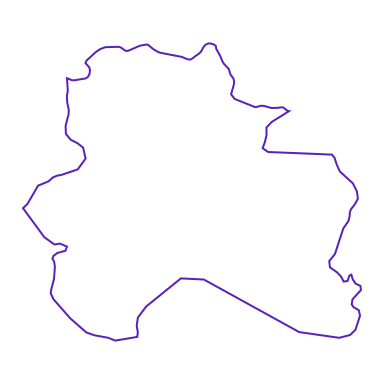 the Province of North Khorasan
{"feature_id": "IRN-3246", "entity_name": "North Khorasan", "entity_type": "Province", "adm_level": 1, "iso_a3": "IRN", "parent_name": "Iran", "parent_adm1": "", "projection": "albers", "projection_center": [57.06, 37.45], "detail": "fine", "context": "isolated", "style": "outline", "palette": "violet", "viewbox_px": 384, "rotation_deg": 0, "n_neighbors": 0, "source": "natural_earth", "source_scale": "10m", "svg_char_len": 1871}
<svg xmlns="http://www.w3.org/2000/svg" viewBox="0 0 384 384"><path d="M209.5,43.4L211.0,43.6L214.0,44.6L215.6,45.7L216.0,46.8L216.1,48.2L216.7,49.7L219.9,55.3L222.5,61.5L224.1,64.0L228.8,69.0L230.4,74.4L233.5,78.7L234.2,81.8L233.8,84.8L231.1,94.3L234.7,99.0L255.1,107.1L257.3,106.8L259.5,106.1L261.9,105.7L264.3,106.0L271.5,108.0L278.4,107.8L280.6,107.3L282.7,107.3L284.6,108.5L286.4,110.0L288.2,111.1L288.9,111.2L271.8,121.9L266.5,127.4L266.5,135.3L264.9,141.9L262.7,148.2L268.1,152.0L331.9,154.6L334.6,157.9L336.5,164.0L339.8,171.4L352.9,183.4L356.9,191.4L357.9,198.6L354.8,204.4L351.1,209.1L349.8,212.2L349.7,215.8L348.4,221.1L343.3,228.4L335.0,253.9L329.2,261.2L330.0,267.4L337.0,272.3L341.1,276.6L343.7,281.6L347.5,281.0L349.5,275.5L351.4,274.7L352.7,279.3L355.6,283.6L360.4,285.9L361.0,290.0L352.5,299.3L351.7,304.4L353.6,307.2L358.8,310.2L360.0,315.8L355.4,329.9L350.1,335.0L339.2,337.8L299.2,332.1L203.8,279.5L180.9,278.4L146.2,306.5L137.9,317.5L136.7,325.7L137.8,332.1L137.3,336.9L115.3,340.6L108.2,337.8L94.5,335.3L86.4,332.5L70.2,318.3L53.3,299.0L50.7,293.3L51.2,289.7L54.0,279.0L54.9,266.8L54.2,262.0L53.4,260.1L52.4,258.7L53.4,256.0L57.1,253.1L65.5,250.7L67.0,246.6L60.0,243.6L54.4,244.5L44.3,237.2L23.0,208.2L27.4,204.0L38.1,185.6L48.5,181.4L52.8,177.5L57.2,175.6L61.0,175.0L77.7,169.4L85.6,158.6L83.1,147.6L77.3,143.1L70.6,139.7L65.9,133.9L65.6,125.8L68.6,114.2L68.8,109.9L67.2,102.4L66.9,95.8L67.8,90.8L67.0,78.2L71.4,80.0L73.7,80.4L85.8,78.4L88.0,76.8L89.5,74.0L90.0,70.7L89.4,67.5L85.5,63.1L86.5,60.6L95.4,52.4L100.2,49.1L105.3,47.2L118.3,46.8L120.7,47.4L122.6,48.7L124.4,50.1L126.3,51.0L128.6,50.6L139.9,45.7L146.7,44.5L148.0,44.8L153.5,49.3L158.3,52.1L160.5,52.8L181.8,56.9L187.4,59.2L190.2,59.6L192.8,58.2L194.8,56.5L199.3,53.4L201.0,51.6L203.8,46.6L204.3,46.2L205.5,44.8L207.9,43.6L209.5,43.4Z" fill="none" stroke="#5b21b6" stroke-width="2"/></svg>